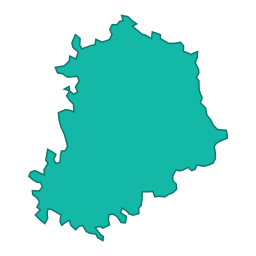 Rio Bom, Paraná, Brazil (Mercator projection)
{"feature_id": "56859067B45209441984237", "entity_name": "Rio Bom", "entity_type": "district", "adm_level": 2, "iso_a3": "BRA", "parent_name": "Brazil", "parent_adm1": "Paraná", "projection": "mercator", "projection_center": [-51.442, -23.797], "detail": "fine", "context": "isolated", "style": "filled", "palette": "teal", "viewbox_px": 256, "rotation_deg": 0, "n_neighbors": 0, "source": "geoboundaries", "source_scale": "gbopen_adm2", "svg_char_len": 2314}
<svg xmlns="http://www.w3.org/2000/svg" viewBox="0 0 256 256"><path d="M75.4,34.6L73.4,39.3L71.9,43.2L73.0,47.5L78.3,52.0L75.8,59.0L69.8,56.1L69.2,61.2L64.2,65.8L60.0,66.6L55.3,67.4L57.6,73.0L62.3,73.6L67.4,77.1L72.4,76.8L77.3,76.4L79.4,80.7L75.4,86.9L77.7,91.8L73.6,94.3L69.6,90.8L66.6,95.9L69.6,100.3L73.5,104.3L73.9,111.8L69.9,110.3L65.3,109.7L58.4,112.7L59.1,119.7L60.8,126.5L64.3,134.1L66.6,142.2L67.5,146.6L65.3,150.7L61.3,151.2L60.4,156.9L60.1,162.2L56.1,163.5L53.6,159.5L55.9,154.4L52.3,151.9L47.7,149.3L47.0,153.4L45.8,160.2L48.0,163.3L44.1,169.6L44.3,175.0L34.9,170.6L30.6,172.2L28.8,176.2L33.0,179.8L37.1,182.3L40.7,182.6L42.4,186.9L39.2,191.0L32.3,190.7L32.8,194.7L37.4,198.2L39.6,202.2L36.9,207.0L40.3,209.9L35.3,215.0L40.5,220.1L44.8,223.6L47.7,218.3L47.1,213.9L48.0,208.8L51.4,209.4L57.0,212.6L60.9,215.0L60.0,221.5L61.7,225.3L65.7,222.2L69.6,220.3L70.6,225.0L75.6,229.8L79.2,226.1L82.7,225.5L86.3,231.6L90.1,233.3L95.9,234.1L97.8,237.8L102.9,240.6L103.4,236.7L100.5,234.5L95.0,227.5L99.9,226.5L103.0,228.1L109.6,224.9L108.3,220.1L109.0,214.6L113.2,214.2L117.3,216.8L121.2,222.6L125.5,222.8L126.4,216.4L120.6,212.7L122.0,208.2L126.7,211.0L129.1,213.9L133.1,215.2L138.9,213.5L138.6,208.2L141.2,205.5L141.9,200.0L142.3,191.8L148.7,191.8L152.8,191.4L154.9,196.9L159.0,196.2L164.8,196.9L168.8,194.2L172.7,192.9L176.7,189.1L176.3,184.2L172.9,180.7L172.7,176.0L175.9,170.0L179.8,170.9L183.4,169.8L188.1,167.4L191.7,170.6L195.2,169.2L196.9,164.9L203.7,166.3L209.1,164.9L213.1,163.0L215.5,158.3L215.3,152.8L214.2,146.4L216.3,143.4L219.6,141.3L223.4,139.7L227.2,138.2L227.2,134.3L226.1,130.2L221.9,130.0L217.2,129.4L213.1,124.9L210.8,119.9L206.9,115.2L205.5,108.0L200.3,102.7L202.2,97.8L200.1,93.1L199.0,88.6L199.0,84.4L198.8,80.5L196.2,77.5L198.8,73.4L198.6,69.6L195.2,62.7L197.3,57.4L197.5,51.6L194.1,52.8L191.0,54.5L187.5,52.8L183.4,51.4L183.6,45.9L180.4,42.2L174.4,43.4L168.6,43.3L160.5,38.7L160.3,34.6L156.7,33.3L152.3,31.9L151.5,38.7L145.8,35.2L141.9,34.1L136.2,29.4L132.4,26.1L136.7,23.9L131.3,20.0L127.7,16.6L121.6,15.4L123.1,20.6L119.4,21.5L117.0,24.7L112.2,24.6L109.8,29.5L111.9,34.5L109.8,39.3L106.4,40.8L101.8,42.0L95.9,39.3L95.0,44.7L91.0,45.7L85.5,47.5L81.9,48.9L79.7,45.0L80.1,38.5L75.4,34.6ZM69.6,90.8L69.1,86.5L64.3,89.1L69.6,90.8Z" fill="#14b8a6" stroke="#0f766e" stroke-width="1.5"/></svg>